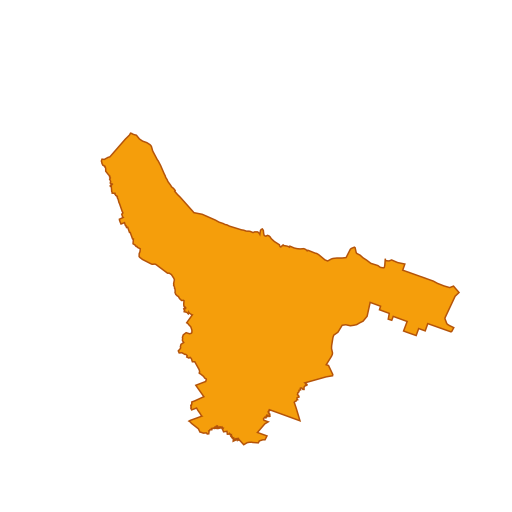 outline of Viile Satu Mare, Satu Mare, Romania, rotated 146°
{"feature_id": "2599482B28492278247457", "entity_name": "Viile Satu Mare", "entity_type": "district", "adm_level": 2, "iso_a3": "ROU", "parent_name": "Romania", "parent_adm1": "Satu Mare", "projection": "albers", "projection_center": [22.996, 47.653], "detail": "fine", "context": "isolated", "style": "filled", "palette": "amber", "viewbox_px": 512, "rotation_deg": 146, "n_neighbors": 0, "source": "geoboundaries", "source_scale": "gbopen_adm2", "svg_char_len": 6158}
<svg xmlns="http://www.w3.org/2000/svg" viewBox="0 0 512 512"><g transform="rotate(146 256 256)"><path d="M371.7,106.4L367.8,106.2L365.9,105.4L363.6,104.0L363.2,103.4L358.6,99.8L356.6,100.8L353.1,99.8L351.3,98.6L347.5,100.7L353.5,108.9L342.6,111.9L338.6,111.7L341.3,115.4L340.9,116.8L338.8,117.5L338.2,117.1L338.4,116.3L338.1,116.2L336.9,117.5L336.4,116.8L335.8,117.9L335.2,117.1L335.0,115.6L333.9,115.4L333.4,117.3L333.0,117.3L333.4,118.7L332.9,118.9L332.7,119.5L333.1,120.0L332.7,120.3L331.3,120.2L331.4,120.9L330.9,121.2L311.7,94.8L307.9,106.9L306.1,113.4L304.8,113.6L303.9,113.3L302.8,113.9L301.9,113.6L302.0,114.4L301.4,115.4L300.9,115.6L299.3,115.0L298.9,115.6L298.8,116.6L299.2,117.9L298.4,118.5L298.0,119.2L296.3,119.4L295.4,120.6L293.8,120.1L293.3,121.6L292.4,121.5L291.8,120.6L291.7,119.1L290.8,118.5L289.8,120.1L288.9,120.7L287.8,120.8L287.1,121.3L286.7,121.0L286.4,120.4L285.7,120.6L285.6,121.1L286.4,123.5L265.5,116.6L259.5,113.9L258.6,114.8L257.1,124.7L258.6,126.6L249.6,130.6L247.8,131.7L246.8,132.8L245.1,137.1L243.5,139.3L237.8,145.4L235.8,146.9L230.7,147.0L223.3,150.4L220.0,148.8L216.8,145.4L213.7,143.9L210.9,142.8L207.4,142.6L203.7,142.1L197.6,143.9L187.3,153.7L180.8,144.7L183.7,142.4L177.6,133.9L181.7,129.7L179.4,126.8L176.0,129.2L167.3,117.2L175.6,111.3L173.7,108.6L167.7,100.5L161.7,104.9L157.6,99.3L151.4,103.9L136.8,84.1L135.9,84.0L132.1,86.0L134.7,90.5L135.5,92.4L135.6,93.4L134.4,98.4L133.8,99.1L113.4,111.3L108.1,112.2L109.1,120.6L113.1,121.5L116.9,126.1L120.9,131.9L123.0,136.0L142.3,162.2L137.1,166.1L142.2,171.3L145.8,176.9L148.5,177.5L151.2,179.7L150.3,181.5L154.5,176.2L156.1,174.7L157.1,175.0L159.3,177.1L160.3,179.9L164.9,185.7L166.6,190.7L168.3,194.7L169.2,198.4L171.1,201.9L170.9,203.2L169.2,207.4L169.5,208.3L172.9,209.0L174.1,208.8L182.2,204.3L185.8,206.2L190.1,209.1L193.5,210.9L195.2,211.4L199.4,211.8L201.0,214.2L203.3,222.1L204.3,224.2L205.3,225.2L209.5,231.4L210.0,231.9L210.7,231.7L211.1,233.6L212.3,235.4L215.5,237.2L217.8,239.1L219.8,241.2L222.4,245.2L223.3,244.6L224.0,245.9L225.1,247.2L227.2,249.2L227.3,249.9L227.9,249.7L228.0,250.0L230.4,249.6L230.7,250.0L230.7,251.3L230.3,252.2L232.7,257.8L233.7,262.0L233.6,263.8L234.0,265.4L234.9,266.7L236.8,266.9L237.6,268.2L237.6,269.0L237.0,270.5L235.6,273.1L235.6,274.9L236.8,275.1L238.0,274.7L240.7,271.8L240.6,272.8L241.1,275.0L243.5,276.7L245.4,277.1L247.0,279.6L247.9,280.5L250.1,282.0L251.7,284.2L253.5,285.9L261.3,295.6L262.7,298.1L264.0,299.3L265.0,301.2L267.7,304.7L269.6,308.5L277.3,320.7L283.2,326.6L286.0,347.4L286.7,350.8L287.2,355.1L286.4,355.4L286.4,356.4L286.6,358.3L287.4,360.7L287.2,361.9L287.4,367.1L287.0,369.1L286.9,372.1L286.5,372.8L286.1,375.8L284.5,384.3L283.9,389.7L284.0,390.9L282.9,400.9L281.5,405.1L281.4,406.4L281.7,407.8L283.1,411.0L285.8,414.7L287.2,418.2L287.6,423.0L289.2,424.8L290.3,426.4L290.4,427.0L291.3,428.0L293.3,427.0L298.8,426.0L321.7,419.9L323.5,420.5L327.8,420.9L329.5,422.4L331.1,421.2L331.5,419.8L331.9,419.0L332.2,416.9L331.5,415.9L331.6,415.4L331.5,415.1L331.1,414.9L331.2,414.4L331.5,414.2L331.3,413.8L331.7,412.6L333.2,410.3L332.9,406.1L332.5,403.9L333.2,403.6L333.1,402.1L334.4,401.6L334.5,400.2L335.0,398.7L335.9,398.2L336.1,397.8L336.1,397.2L335.0,396.3L334.9,395.9L335.9,395.6L337.4,395.9L337.7,395.6L337.8,395.1L337.0,394.7L339.6,390.1L339.7,389.1L340.1,388.5L337.8,386.8L338.0,386.3L338.4,386.1L338.3,385.2L338.4,384.7L338.0,384.0L338.1,383.7L337.7,383.3L337.7,382.8L338.4,381.9L338.6,380.1L339.8,376.7L339.7,376.4L342.1,367.4L342.0,366.7L342.8,365.8L343.9,365.8L344.7,363.1L344.5,362.2L348.7,362.9L349.1,362.1L349.6,360.2L350.0,358.0L346.4,357.2L347.2,354.4L347.2,354.1L346.8,353.9L347.4,352.0L346.3,351.6L347.7,346.3L347.1,345.9L348.8,339.2L348.7,338.8L348.2,338.6L351.1,334.9L350.1,332.7L350.2,332.1L350.0,331.5L350.1,331.1L349.4,330.5L349.5,329.5L347.9,326.7L349.6,324.6L351.6,323.2L353.2,320.9L353.1,319.8L352.1,316.7L347.3,308.0L346.7,307.2L344.3,305.8L343.7,304.9L339.0,291.3L337.5,290.2L336.5,287.9L336.6,283.3L337.0,281.9L339.8,279.1L340.2,278.1L340.6,277.9L340.9,276.1L341.3,275.1L341.6,274.8L341.6,274.0L342.6,272.1L343.5,271.1L344.0,269.1L343.6,267.0L343.0,265.8L343.2,263.1L342.7,262.1L342.8,261.3L342.5,260.6L341.0,259.9L340.7,259.2L342.7,256.7L343.8,254.8L343.3,253.2L344.2,253.0L343.3,252.5L343.3,252.2L343.7,251.9L344.6,252.5L345.4,252.4L345.7,251.6L345.4,251.0L346.7,250.0L344.8,247.9L344.5,245.8L343.5,246.2L343.2,246.7L343.2,245.9L342.4,244.1L342.3,243.5L341.7,242.8L350.8,239.4L350.2,238.1L350.2,236.8L349.9,235.3L349.7,233.6L350.6,230.4L351.8,228.6L352.7,228.1L354.5,228.6L356.8,231.5L360.4,231.3L362.5,229.7L363.1,228.4L364.1,227.4L364.3,226.8L364.3,224.7L367.6,224.7L369.4,223.1L369.6,222.4L370.4,221.6L373.5,220.8L373.9,218.6L371.5,217.2L370.0,214.2L369.4,213.9L369.0,213.1L368.8,211.8L369.9,211.0L368.7,208.9L367.3,208.8L367.0,207.0L367.9,203.9L365.9,202.6L366.7,193.4L367.6,191.3L368.4,190.9L368.6,190.5L367.9,189.1L366.8,185.5L366.8,183.5L366.0,181.9L366.2,181.4L367.9,180.1L378.2,182.5L377.9,168.5L388.1,170.2L390.8,170.9L392.2,169.0L393.4,168.7L393.4,168.1L393.9,168.1L394.5,166.4L395.1,166.4L395.4,164.4L390.3,163.2L390.5,160.4L390.4,156.6L390.6,154.0L390.4,153.5L402.5,156.5L403.9,156.6L403.3,155.2L403.1,153.4L400.4,145.0L400.9,141.3L400.3,140.8L398.7,138.6L396.1,137.1L395.8,135.9L395.9,135.7L394.6,135.0L393.3,136.5L393.0,137.4L392.0,137.1L391.3,137.8L390.6,137.6L390.0,136.8L389.3,137.8L388.7,137.1L387.7,137.4L387.4,137.1L387.2,136.4L386.2,135.9L386.3,136.9L385.7,137.2L385.1,136.4L384.3,137.1L383.7,136.7L383.2,137.0L382.9,136.3L383.2,135.0L384.7,135.4L385.0,135.2L384.9,134.8L383.8,134.1L382.3,133.6L381.8,134.6L381.3,134.6L380.8,133.8L381.0,132.8L379.8,133.2L379.8,132.1L379.4,131.6L380.6,131.2L381.2,128.4L378.3,127.0L378.5,126.8L378.3,126.5L379.4,124.3L377.8,123.3L377.2,123.8L377.0,123.1L377.3,122.1L376.4,121.7L377.6,120.7L376.8,120.0L377.5,119.4L377.1,119.0L377.5,118.4L378.1,118.4L376.3,117.8L377.4,116.6L376.2,116.3L376.1,116.0L377.9,115.7L378.4,115.2L375.5,114.7L375.3,115.5L374.9,115.8L374.3,115.1L374.6,113.7L373.6,114.1L373.5,115.1L372.6,114.6L373.3,112.9L373.1,112.7L372.7,113.3L371.7,106.4Z" fill="#f59e0b" stroke="#b45309" stroke-width="1.5"/></g></svg>